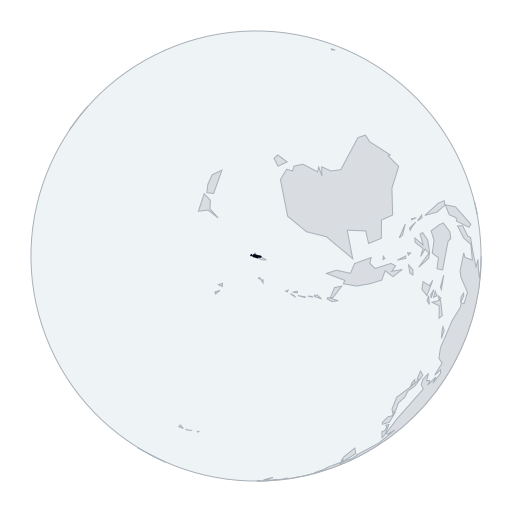 Sud on an orthographic globe, rotated 159°
{"feature_id": "NCL-1259", "entity_name": "Sud", "entity_type": "Province", "adm_level": 1, "iso_a3": "NCL", "parent_name": "New Caledonia", "parent_adm1": "", "projection": "orthographic", "projection_center": [166.304, -21.993], "detail": "fine", "context": "on_globe", "style": "filled", "palette": "ink", "viewbox_px": 512, "rotation_deg": 159, "n_neighbors": 0, "source": "natural_earth", "source_scale": "10m", "svg_char_len": 7136}
<svg xmlns="http://www.w3.org/2000/svg" viewBox="0 0 512 512"><g transform="rotate(159 256 256)"><circle cx="256" cy="256" r="225" fill="#eef3f6" stroke="#a8b0b8"/><path d="M307.3,235.0L307.4,236.8L307.1,237.0L307.3,235.0ZM435.3,119.6L433.4,117.1L416.7,98.1L414.4,95.9L425.3,107.4L435.3,119.6ZM334.8,45.0L333.3,44.5L330.2,43.3L334.8,45.0ZM329.9,43.2L328.7,44.3L319.4,43.2L327.0,43.1L325.4,42.2L317.6,40.3L314.3,39.0L308.7,37.6L305.5,36.5L310.1,37.3L309.1,37.1L329.9,43.2ZM306.2,36.4L302.7,35.6L296.1,34.3L297.1,34.5L306.2,36.4ZM369.2,450.8L367.9,451.5L376.9,446.0L384.9,440.8L369.2,450.8ZM387.2,125.4L385.6,121.1L389.3,124.3L387.2,125.4ZM382.8,118.3L383.8,119.8L382.6,118.4L382.8,118.3ZM380.8,117.1L382.2,118.0L380.6,117.4L380.8,117.1ZM378.1,116.1L379.5,116.5L379.4,116.6L378.1,116.1ZM373.6,113.4L372.4,112.6L373.6,112.5L373.6,113.4ZM332.3,44.7L336.1,45.8L333.5,45.2L332.3,44.7ZM308.4,37.7L308.4,37.9L305.5,37.1L308.4,37.7ZM297.9,34.9L293.2,34.0L298.8,35.0L297.9,34.9ZM283.4,32.4L286.0,32.7L293.0,33.8L289.8,33.3L291.0,33.6L279.6,32.0L278.6,32.0L276.5,31.7L283.4,32.4ZM359.3,456.2L359.5,456.1L375.0,447.2L367.4,451.8L367.5,451.7L359.3,456.2ZM276.5,31.7L278.6,32.0L274.6,31.8L279.4,32.8L269.7,32.4L263.9,33.1L250.5,33.0L247.1,34.1L249.5,34.5L246.5,36.8L232.6,41.3L233.7,35.8L252.7,31.8L244.1,32.9L243.0,32.3L238.1,32.8L232.2,34.0L233.4,34.2L208.7,37.3L188.7,43.8L197.4,42.4L197.9,44.0L182.7,53.5L147.6,71.8L147.8,76.8L144.5,81.0L137.0,84.5L141.5,78.5L138.3,77.4L142.1,73.9L131.5,78.6L136.4,73.8L125.7,80.4L124.4,83.6L131.9,80.7L120.6,89.4L121.9,95.0L116.6,104.3L95.9,125.5L83.1,135.3L81.2,139.0L78.9,136.9L71.6,146.2L72.3,162.8L70.8,168.9L60.9,184.5L61.5,180.0L55.5,174.5L51.2,190.0L55.6,198.2L57.0,211.8L52.2,210.2L51.2,198.7L49.1,196.3L51.9,183.0L54.6,166.4L50.0,173.4L52.5,165.9L55.5,154.9L50.0,164.9L45.8,174.9L52.2,160.0L59.6,145.6L68.1,131.8L77.5,118.6L87.8,106.2L99.0,94.5L111.0,83.6L123.7,73.6L137.2,64.6L151.2,56.6L165.8,49.6L180.8,43.6L196.3,38.8L212.0,35.1L228.0,32.5L244.1,31.0L260.3,30.8L276.5,31.7ZM108.3,419.9L111.1,421.1L111.8,422.7L108.3,419.9ZM92.6,234.3L97.7,234.0L97.6,235.0L92.6,234.3ZM87.3,232.2L92.7,230.9L86.7,234.8L87.3,232.2ZM94.8,230.5L100.4,227.0L102.8,224.7L102.6,227.0L94.8,230.5ZM83.8,233.4L66.7,240.0L60.5,240.2L61.4,235.8L71.4,232.1L83.8,233.4ZM61.0,236.0L52.2,230.5L44.0,208.7L46.8,206.5L56.2,216.6L55.5,220.1L60.8,225.3L61.0,236.0ZM84.1,206.9L83.5,216.7L73.5,219.5L69.3,219.7L66.3,209.0L68.0,202.3L71.3,201.1L86.8,176.1L91.6,179.2L86.3,188.9L90.4,195.5L84.1,206.9ZM34.4,215.3L33.1,224.6L32.5,228.4L34.3,216.0L34.4,215.3ZM95.0,160.8L87.5,171.0L95.0,158.2L95.0,160.8ZM100.7,149.6L100.2,153.6L98.5,150.3L100.7,149.6ZM79.1,144.4L75.5,146.9L76.4,144.2L81.6,139.4L79.1,144.4ZM112.5,112.6L108.8,120.2L106.8,123.1L107.0,119.0L112.5,112.6ZM273.2,329.5L279.2,332.8L275.2,340.3L267.8,347.5L257.0,348.4L273.2,329.5ZM199.5,342.6L193.2,332.7L203.3,332.0L204.2,340.7L199.5,342.6ZM278.7,324.4L282.1,316.5L277.7,305.1L284.2,316.0L293.7,318.5L282.1,332.7L278.7,324.4ZM145.9,306.2L118.4,330.0L110.6,329.7L108.9,321.9L94.5,302.3L96.7,302.1L90.7,288.5L104.8,270.6L113.8,245.3L126.0,244.6L132.6,227.6L146.4,227.3L144.6,240.1L161.6,247.4L166.7,218.8L183.4,248.8L200.1,260.5L212.2,281.8L205.8,318.6L196.2,326.0L191.5,322.3L188.3,326.3L179.1,324.8L168.4,312.5L165.5,316.6L165.8,307.2L162.7,315.7L155.4,308.4L145.9,306.2ZM247.6,248.6L251.3,250.0L259.0,256.7L253.0,254.8L247.6,248.6ZM298.4,239.5L301.4,242.7L297.1,242.5L298.4,239.5ZM307.1,237.0L302.0,236.8L307.3,235.0L307.1,237.0ZM259.5,232.1L261.8,234.3L260.6,234.8L259.5,232.1ZM257.9,231.2L259.1,228.3L259.7,231.5L257.9,231.2ZM238.2,212.6L239.8,211.3L240.9,212.6L238.2,212.6ZM105.2,232.3L111.7,223.0L115.8,221.6L105.2,232.3ZM234.9,209.1L230.2,208.4L230.4,206.8L234.9,209.1ZM234.6,205.4L233.8,203.2L237.5,208.6L234.6,205.4ZM225.1,199.7L231.2,204.1L224.6,200.2L225.1,199.7ZM222.0,200.0L217.9,198.1L218.1,197.4L222.0,200.0ZM181.9,201.4L196.4,214.5L186.0,213.9L174.0,206.0L166.7,213.6L149.0,213.3L152.4,208.5L149.4,201.7L132.6,200.7L129.2,196.7L134.7,193.1L124.3,191.0L135.6,187.6L140.7,196.0L147.3,188.4L159.8,189.3L172.8,191.9L184.3,198.7L181.9,201.4ZM136.7,207.4L138.7,207.2L137.2,210.1L136.7,207.4ZM210.2,192.5L216.0,197.3L215.5,198.4L212.8,197.5L210.2,192.5ZM186.8,197.1L198.7,189.8L201.8,190.1L194.0,198.4L186.8,197.1ZM195.3,184.8L201.3,186.1L204.9,190.5L203.7,191.6L195.3,184.8ZM113.5,202.2L113.2,204.8L110.5,203.3L113.5,202.2ZM117.0,200.1L125.6,201.5L116.3,202.4L117.0,200.1ZM93.6,196.7L95.7,201.9L102.5,196.5L97.4,203.1L102.5,211.7L101.2,215.8L96.0,206.3L95.0,217.7L92.1,218.2L90.0,209.3L92.6,197.3L95.6,192.0L108.1,187.2L93.6,196.7ZM116.7,193.0L114.5,186.7L116.3,182.0L118.5,185.1L116.7,193.0ZM109.2,172.2L104.7,166.1L99.7,170.0L110.7,157.7L113.0,165.5L109.2,172.2ZM106.8,157.3L102.0,160.9L107.5,154.0L106.8,157.3ZM101.3,158.8L101.7,154.0L105.0,153.8L101.3,158.8ZM109.0,157.0L111.5,148.6L112.3,153.0L109.0,157.0ZM102.8,143.7L108.2,149.7L99.5,148.7L103.4,133.7L107.4,132.3L102.8,143.7ZM152.0,83.8L153.3,80.6L158.1,79.3L155.8,81.8L152.0,83.8ZM175.1,73.8L159.9,78.0L147.9,82.4L149.7,83.4L143.6,89.6L143.0,84.9L154.2,77.7L162.6,75.5L167.5,71.0L176.0,67.7L179.9,62.8L184.7,60.5L183.8,64.5L175.1,73.8ZM181.2,60.8L191.0,53.1L198.3,53.6L197.8,55.4L190.3,58.6L186.8,58.0L181.2,60.8ZM195.5,51.5L192.3,51.1L199.9,42.7L203.4,41.2L201.4,46.9L198.3,47.0L195.1,49.3L195.5,51.5Z" fill="#d9dde1" stroke="#a8b0b8" stroke-width="1"/><path d="M255.2,254.2L255.3,254.1L255.6,254.3L255.8,254.5L256.0,254.6L256.2,254.8L256.3,254.8L256.5,255.0L256.8,255.3L256.7,255.3L256.8,255.4L257.0,255.5L257.3,255.8L257.3,255.7L257.5,255.8L257.4,255.9L257.4,256.0L257.5,256.0L257.8,256.1L258.1,256.2L258.3,256.3L258.4,256.5L258.5,256.7L258.5,256.8L258.7,257.0L258.6,257.3L258.4,257.4L258.4,257.5L258.2,257.6L258.3,257.5L258.2,257.5L258.1,257.4L257.9,257.3L258.0,257.3L258.0,257.2L257.9,257.2L257.9,257.3L257.9,257.5L258.0,257.5L257.9,257.5L257.7,257.6L257.6,257.4L257.5,257.2L257.4,257.3L257.3,257.2L257.2,257.2L256.9,257.1L257.0,257.0L256.9,257.0L256.8,256.9L256.7,256.9L256.7,257.0L256.5,257.3L256.5,257.2L256.4,257.0L256.3,256.9L256.5,256.9L256.5,256.7L256.4,256.7L256.3,256.8L256.2,256.8L256.0,256.7L255.9,256.6L255.7,256.6L255.6,256.4L255.4,256.4L255.4,256.2L255.5,256.1L255.4,256.1L255.4,255.9L255.2,255.8L255.2,255.7L255.0,255.8L254.9,255.8L254.8,255.7L254.7,255.7L254.4,255.5L254.2,255.5L254.2,255.4L254.3,255.4L254.2,255.4L254.2,255.2L254.1,255.3L254.0,255.2L253.9,255.0L253.9,254.9L253.9,255.0L253.7,255.1L253.1,254.8L253.0,254.7L252.9,254.6L253.0,254.5L252.9,254.5L252.7,254.6L252.3,254.4L252.2,254.3L252.2,254.2L251.9,254.0L251.8,253.9L251.7,253.7L251.8,253.5L251.9,253.4L252.0,253.4L252.3,253.4L252.5,253.5L252.8,253.8L253.0,253.7L253.1,253.8L253.3,253.8L253.4,254.0L253.5,254.0L253.8,254.2L254.0,254.2L254.2,254.3L254.3,254.3L254.5,254.4L254.8,254.5L255.0,254.5L255.0,254.4L255.2,254.2L255.2,254.2ZM260.4,258.3L260.5,258.4L260.5,258.5L260.5,258.4L260.4,258.4L260.4,258.5L260.0,258.6L260.1,258.3L260.1,258.2L260.3,258.2L260.4,258.3ZM257.8,257.6L258.0,257.7L257.9,257.7L257.8,257.8L257.7,257.8L257.7,257.7L257.8,257.7L257.8,257.6Z" fill="#0f172a" stroke="#020617" stroke-width="1.5"/></g></svg>